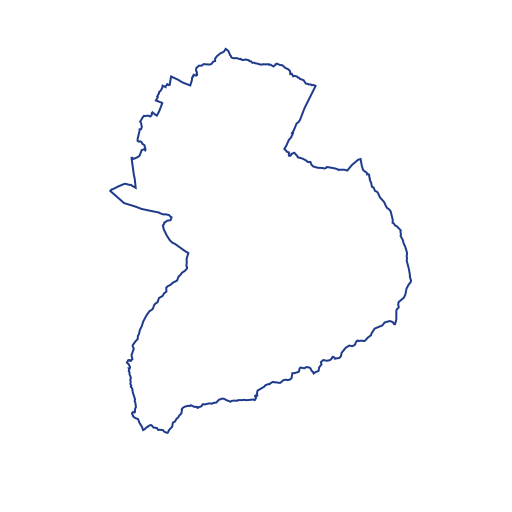 Buda, Buzau, Romania (Natural Earth projection), rotated 283°
{"feature_id": "2599482B42882340443121", "entity_name": "Buda", "entity_type": "district", "adm_level": 2, "iso_a3": "ROU", "parent_name": "Romania", "parent_adm1": "Buzau", "projection": "natural_earth1", "projection_center": [26.899, 45.501], "detail": "fine", "context": "isolated", "style": "outline", "palette": "blue", "viewbox_px": 512, "rotation_deg": 283, "n_neighbors": 0, "source": "geoboundaries", "source_scale": "gbopen_adm2", "svg_char_len": 6106}
<svg xmlns="http://www.w3.org/2000/svg" viewBox="0 0 512 512"><g transform="rotate(283 256 256)"><path d="M265.3,412.6L267.1,412.5L270.3,410.6L271.7,410.4L277.7,407.9L285.3,403.9L288.0,403.6L289.7,402.8L292.2,402.7L293.3,402.3L298.6,399.3L301.5,397.0L304.8,395.3L308.0,392.4L309.9,392.3L312.1,391.3L313.5,391.3L316.7,386.4L316.9,385.0L318.9,382.6L319.1,381.6L321.8,381.2L329.6,377.3L331.2,375.6L332.3,373.0L333.4,371.7L337.5,368.6L341.0,363.6L345.0,360.5L345.8,359.5L346.1,357.6L346.6,357.0L349.2,355.2L349.5,353.4L352.9,351.9L356.1,349.6L357.1,349.6L358.2,348.7L360.0,348.2L361.0,347.4L360.5,345.9L362.0,345.2L363.5,341.6L364.5,340.6L368.3,338.5L374.0,336.1L372.7,333.8L366.4,329.1L359.8,325.7L359.9,322.5L358.7,317.3L358.4,317.1L358.9,315.7L359.1,313.3L358.7,305.1L357.6,304.5L356.9,303.4L356.6,302.6L356.7,300.7L356.0,297.3L355.9,294.9L356.1,291.6L357.4,289.6L359.9,287.8L359.3,285.8L359.6,284.4L360.2,283.8L361.4,279.4L361.6,274.5L362.5,274.0L365.2,270.1L363.5,267.6L362.1,267.4L361.3,266.7L361.1,265.7L362.4,265.0L363.6,265.1L364.4,264.6L364.5,262.6L365.3,261.9L366.4,259.7L366.8,259.5L370.2,260.7L376.5,261.9L379.2,263.4L380.6,263.7L383.9,264.4L383.9,263.5L386.7,264.5L394.4,265.8L395.9,267.3L398.7,268.3L410.9,270.0L435.1,275.8L435.6,273.6L434.9,271.8L435.4,271.0L435.3,269.5L435.0,268.8L435.3,267.9L435.2,265.8L438.0,262.8L438.5,258.9L439.4,257.6L439.3,256.7L440.0,255.7L440.2,254.7L440.2,253.1L439.4,251.8L441.7,249.8L441.0,248.5L444.0,247.4L445.4,244.9L445.7,242.6L447.8,238.7L447.5,236.5L448.1,233.1L447.3,232.0L446.7,232.1L444.6,230.3L445.8,226.8L445.2,225.7L445.7,224.8L444.9,222.4L444.5,219.9L443.9,219.1L443.9,218.0L443.4,217.0L443.8,214.4L443.6,211.9L444.0,210.5L443.4,209.1L444.0,207.9L444.5,207.5L444.5,205.5L445.2,204.8L445.2,204.3L445.0,202.6L445.2,201.7L444.0,199.3L444.0,197.6L444.7,196.8L444.2,195.8L444.5,192.7L443.6,189.5L443.8,187.9L444.3,187.0L445.3,186.5L445.9,185.6L449.6,182.9L451.0,179.9L448.0,178.8L446.5,177.3L445.9,176.1L442.1,173.1L439.2,171.8L436.7,172.3L435.8,170.6L433.0,169.3L432.0,167.5L431.2,161.8L429.2,160.2L428.6,157.6L425.6,155.5L423.3,155.8L421.8,157.1L420.3,157.1L420.1,157.6L419.1,157.8L418.4,157.3L418.2,155.2L418.6,154.7L417.8,154.2L416.6,154.3L415.8,154.0L415.6,153.6L412.9,154.0L407.4,153.6L408.6,145.2L410.2,140.5L411.8,132.9L403.3,133.4L402.9,132.6L403.5,130.9L402.3,130.6L400.9,129.5L400.3,129.7L400.9,126.7L398.6,126.8L395.4,125.8L394.0,124.7L392.4,124.9L390.7,124.1L389.7,124.4L389.2,123.9L388.4,124.5L385.0,123.5L384.2,129.4L383.9,130.3L375.3,129.1L370.5,127.8L371.4,125.3L372.7,122.8L371.7,122.3L369.8,122.7L368.3,121.8L368.1,120.7L368.5,120.2L368.3,118.5L367.3,116.4L367.4,115.4L366.1,114.6L360.9,112.9L359.7,114.1L356.1,115.7L353.7,115.5L353.3,114.1L351.2,114.4L343.8,114.3L341.6,114.7L341.0,116.1L341.7,117.3L341.6,117.9L341.2,118.8L339.9,119.9L338.7,122.6L336.8,123.2L336.4,123.7L335.8,123.7L335.0,124.4L334.1,124.2L334.7,123.3L334.6,122.6L333.5,120.8L327.6,120.0L326.1,118.9L323.1,115.0L323.0,114.4L323.9,113.5L323.5,112.7L308.2,118.5L303.6,120.6L295.4,123.4L296.6,119.2L297.2,118.4L296.8,116.4L297.0,113.5L296.8,111.7L292.7,106.0L288.8,101.4L288.3,100.3L286.6,99.4L277.9,115.5L276.9,128.5L276.1,134.0L276.5,151.8L276.1,152.7L275.7,156.6L276.3,158.6L276.3,162.1L274.9,164.1L274.7,165.0L272.0,164.8L271.6,164.5L270.3,161.3L268.7,160.2L267.8,159.0L266.6,159.3L264.8,158.4L261.0,160.3L256.3,164.1L252.4,168.0L250.3,171.1L249.4,174.8L244.9,185.5L243.7,189.4L237.4,189.0L234.2,190.0L230.6,190.4L229.5,191.4L228.4,191.6L225.4,190.0L223.3,187.8L220.1,186.4L218.7,185.2L214.3,184.6L211.2,180.9L208.5,179.1L206.9,177.0L205.0,175.7L201.1,176.7L198.7,174.7L196.2,174.1L193.2,170.9L189.1,170.5L185.8,167.9L181.6,167.4L179.9,166.4L178.3,164.6L173.7,162.7L167.0,160.9L161.4,160.4L158.0,159.5L153.4,159.5L151.4,158.9L148.4,159.4L146.6,158.2L141.4,155.9L140.3,156.2L138.1,157.8L131.4,157.0L127.6,158.8L126.7,158.0L125.7,157.8L125.4,157.1L126.2,156.2L125.8,155.0L123.1,154.2L121.8,156.4L119.5,158.2L118.3,158.2L118.0,157.4L117.4,158.1L116.9,157.8L115.2,157.9L114.4,158.8L112.5,159.3L109.0,161.6L107.0,161.3L105.3,162.2L103.1,162.4L101.7,163.6L100.4,163.4L99.1,165.2L95.6,166.5L89.3,170.3L87.1,170.5L86.3,171.3L81.8,173.0L80.0,172.6L76.5,173.1L76.1,172.8L76.4,171.4L75.3,170.6L74.4,170.7L72.6,172.3L72.0,172.4L71.0,174.7L70.5,177.8L67.1,180.1L64.0,183.2L61.0,185.2L62.3,186.6L64.0,187.5L65.1,188.9L66.4,189.7L67.7,191.6L67.5,192.4L65.8,194.7L66.1,198.1L64.5,199.7L65.0,201.1L65.4,204.5L64.1,206.2L63.7,209.3L64.0,209.8L67.2,210.6L70.8,212.7L75.0,212.5L76.5,214.3L79.3,215.1L81.2,216.5L83.2,217.1L85.8,218.7L89.4,218.5L89.8,218.1L91.2,218.6L93.1,220.4L94.7,223.4L95.1,225.6L95.9,226.0L95.6,228.1L95.1,229.7L95.7,232.3L95.0,232.8L94.9,233.6L96.0,234.3L96.9,236.2L98.4,237.2L99.3,237.2L99.7,237.7L99.9,239.7L101.9,243.6L102.1,246.2L103.3,247.6L104.2,250.2L107.6,252.2L109.6,255.5L109.6,257.3L108.9,259.5L108.3,263.9L109.5,265.1L110.4,268.1L110.6,269.9L111.6,271.1L112.5,275.3L113.0,276.0L113.5,279.7L115.5,285.4L115.3,287.2L117.6,288.0L119.2,286.6L119.7,286.7L120.1,287.0L119.9,288.3L120.2,288.6L122.9,287.8L125.2,287.8L130.6,293.5L132.2,294.3L133.9,296.7L134.0,297.9L135.3,298.7L136.9,300.5L137.3,301.2L137.0,302.4L137.4,303.6L137.6,307.1L138.0,308.3L141.2,310.6L142.2,312.9L142.2,314.9L143.6,317.3L145.3,318.1L150.0,317.8L150.6,320.1L152.7,323.5L153.1,323.8L156.1,323.8L157.3,324.4L157.5,328.4L158.8,329.6L159.2,330.6L159.3,333.0L158.8,334.3L156.6,336.1L155.9,337.6L154.5,338.6L156.3,340.2L158.2,342.8L161.7,342.6L165.0,344.2L167.2,343.1L169.8,345.0L169.8,348.5L171.2,351.5L173.3,353.0L174.4,353.0L175.1,353.6L174.6,355.4L173.7,355.9L175.4,360.1L177.5,361.3L181.0,361.2L186.8,364.1L189.7,367.0L189.8,370.0L191.1,371.8L192.1,372.5L194.1,372.6L196.3,373.6L196.5,374.3L196.2,374.8L197.3,378.1L197.5,380.6L198.1,381.4L201.5,383.2L204.7,385.9L207.0,386.1L212.0,388.0L216.8,394.7L220.2,396.3L222.5,400.5L222.7,402.1L222.3,404.2L220.6,406.0L220.8,406.8L225.7,407.0L234.6,405.0L235.9,405.3L237.4,406.4L238.2,406.6L240.6,405.5L242.8,405.3L243.4,405.5L248.6,409.4L252.0,410.2L258.1,410.0L262.6,411.2L265.3,412.6Z" fill="none" stroke="#1e3a8a" stroke-width="2"/></g></svg>